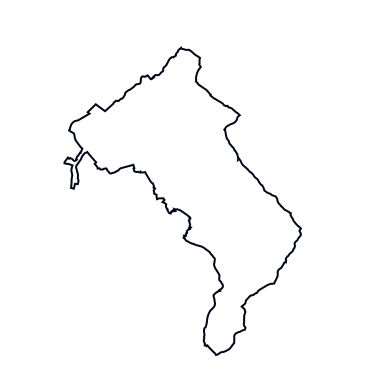 outline of Cozmeni, Harghita, Romania, rotated 313°
{"feature_id": "2599482B88715743642246", "entity_name": "Cozmeni", "entity_type": "district", "adm_level": 2, "iso_a3": "ROU", "parent_name": "Romania", "parent_adm1": "Harghita", "projection": "mercator", "projection_center": [25.941, 46.184], "detail": "fine", "context": "isolated", "style": "outline", "palette": "ink", "viewbox_px": 384, "rotation_deg": 313, "n_neighbors": 0, "source": "geoboundaries", "source_scale": "gbopen_adm2", "svg_char_len": 6024}
<svg xmlns="http://www.w3.org/2000/svg" viewBox="0 0 384 384"><g transform="rotate(313 192 192)"><path d="M239.6,296.5L239.5,291.0L240.1,286.1L241.2,283.7L241.6,281.8L242.4,279.7L243.9,278.7L243.5,278.0L243.4,276.1L242.2,271.5L242.5,268.7L242.4,266.7L242.6,266.4L242.8,262.9L243.8,260.6L245.0,259.2L245.8,256.5L245.4,255.1L244.2,252.7L244.1,250.4L243.1,248.5L242.4,244.1L243.9,241.4L244.7,238.9L244.4,237.1L244.9,234.6L246.0,231.3L245.7,228.6L245.9,226.5L246.4,225.0L246.6,222.4L246.4,221.8L246.2,219.6L246.6,217.1L246.4,210.9L246.5,210.0L247.1,208.2L247.8,206.6L248.4,203.9L246.9,203.8L247.7,203.2L248.7,202.1L249.2,201.1L250.5,199.5L251.6,195.4L251.4,194.6L251.9,194.1L252.4,192.7L252.7,189.2L252.9,188.0L252.9,186.6L254.4,183.9L254.9,180.9L256.7,178.2L259.8,174.1L259.9,173.9L259.5,173.5L259.6,173.1L263.3,172.6L266.7,173.6L270.9,175.5L272.2,175.8L273.9,175.8L275.4,175.5L278.1,174.2L280.7,174.6L280.8,172.8L280.7,171.0L280.4,169.8L280.2,163.6L278.8,161.0L279.1,160.2L279.2,159.2L277.9,158.2L277.9,157.7L277.5,156.9L277.3,156.3L277.6,153.7L277.5,153.0L276.1,146.9L276.0,145.5L275.5,144.7L275.1,139.6L276.0,139.3L275.9,138.6L276.1,136.3L276.4,135.3L276.3,134.0L276.5,133.3L275.0,123.5L275.3,122.7L275.6,119.4L276.2,119.1L278.7,116.7L282.6,114.5L285.8,113.5L289.4,113.2L290.3,110.1L291.3,109.8L293.6,107.5L295.5,106.4L295.0,102.8L294.5,101.0L294.4,95.1L294.1,94.4L294.0,92.9L292.0,90.9L289.6,86.4L290.0,85.7L286.4,85.3L284.9,86.0L283.7,85.9L281.9,86.1L281.2,86.9L280.5,87.2L279.5,86.8L277.9,86.6L276.9,85.3L274.3,84.9L271.8,85.4L267.7,86.6L264.6,86.7L263.7,86.4L261.9,87.2L261.6,87.7L260.7,88.4L257.9,87.9L256.4,88.1L254.7,87.9L252.6,85.5L248.9,85.1L248.1,85.2L248.1,85.5L248.3,85.7L246.8,85.4L246.4,84.7L246.4,83.4L246.7,82.4L247.1,80.1L246.3,79.6L244.7,79.4L243.2,77.8L243.1,77.2L242.3,76.7L240.5,77.0L240.0,77.6L238.7,78.3L238.1,79.1L236.0,80.1L234.3,79.1L232.6,77.7L229.2,77.7L225.0,77.0L223.2,76.2L219.9,75.6L218.5,75.8L217.4,76.6L214.5,77.3L212.0,77.0L211.6,76.5L210.5,76.3L209.0,76.4L207.9,75.6L208.0,75.4L206.8,74.1L205.6,74.2L204.8,73.8L203.7,73.9L203.0,74.3L191.8,73.3L190.5,61.8L179.2,61.3L179.4,63.6L166.9,59.9L163.6,57.8L161.3,57.5L159.2,57.6L155.9,59.0L154.5,60.0L153.4,59.9L153.1,60.5L154.3,65.5L154.0,66.4L151.2,70.1L150.5,71.7L149.1,78.6L148.9,80.8L149.0,82.2L144.8,83.8L144.7,83.3L140.5,84.0L139.7,83.8L137.3,84.7L137.3,85.6L136.7,85.7L135.3,85.4L134.5,84.9L134.3,84.5L134.4,81.8L133.7,79.7L132.5,79.5L132.6,77.8L129.3,78.1L126.7,78.5L126.0,79.3L128.6,83.2L130.0,86.5L128.3,87.2L125.5,89.0L122.7,92.9L118.8,95.6L115.8,98.3L112.5,100.7L113.8,103.3L118.3,100.9L119.8,103.1L122.4,101.7L123.4,100.6L124.1,99.2L126.9,96.8L130.9,90.5L132.0,89.6L140.4,88.4L142.3,87.6L144.1,87.2L147.6,87.1L148.6,87.8L149.8,88.1L149.1,93.2L148.3,101.7L146.2,101.7L145.7,105.4L145.2,106.6L144.8,107.0L146.2,108.1L146.0,109.3L147.0,111.0L147.9,111.5L149.2,111.8L150.3,113.0L150.8,113.3L150.8,113.7L149.9,115.7L150.0,117.0L149.6,118.3L149.7,119.4L150.2,120.0L153.6,122.1L154.5,122.3L155.0,122.7L156.1,122.7L157.2,123.4L159.1,123.3L160.6,123.6L171.9,130.6L170.0,133.6L169.3,133.3L167.9,135.5L168.0,135.7L168.0,136.4L168.9,137.9L169.9,138.7L170.4,140.0L170.8,140.3L171.8,140.4L171.7,140.7L171.1,140.9L171.1,141.2L171.9,141.6L172.3,142.3L174.1,143.9L174.6,144.1L173.8,146.3L171.2,155.6L171.6,157.7L169.5,161.5L169.1,161.3L169.2,162.7L168.1,162.6L167.0,162.9L165.8,164.9L165.1,165.2L165.1,166.2L165.7,167.3L165.8,167.9L164.2,169.5L162.9,171.3L164.8,172.2L167.9,175.4L167.4,176.7L167.4,177.3L164.5,177.4L165.3,179.5L165.4,181.6L164.0,182.5L163.2,183.5L162.9,184.3L162.8,185.8L162.3,185.8L162.0,186.4L161.0,189.4L161.7,191.1L162.5,190.8L163.7,190.8L163.5,190.3L163.9,190.2L164.5,190.3L164.5,190.6L166.3,190.8L165.7,192.0L166.8,192.9L167.5,190.8L167.9,191.7L169.3,193.0L170.5,195.7L171.1,199.1L171.7,203.2L172.0,206.6L172.0,208.2L171.5,208.8L171.0,208.2L168.8,210.0L168.7,209.8L166.8,213.0L164.4,214.1L165.0,214.5L165.3,215.4L163.8,215.4L163.5,215.8L161.7,214.9L160.9,214.8L159.4,215.3L158.9,216.2L159.1,217.0L158.6,216.2L158.1,216.2L157.9,215.9L156.4,216.5L156.3,217.3L156.0,217.4L155.1,217.1L154.5,216.0L154.4,216.1L154.4,217.3L152.8,217.1L152.8,219.0L152.4,221.0L153.1,223.1L153.6,225.5L154.4,227.6L155.0,228.3L155.9,231.0L158.5,235.9L159.3,238.6L160.0,245.0L160.0,246.7L159.5,247.9L159.5,250.2L159.0,251.8L159.0,253.5L158.5,254.5L158.1,254.9L156.2,256.1L155.9,256.5L154.1,257.3L152.3,260.3L150.2,268.1L149.2,269.5L147.3,270.8L146.3,271.9L146.1,272.5L146.1,274.6L145.4,276.1L145.2,277.6L144.7,278.3L143.4,279.4L142.6,279.5L141.5,279.6L138.7,278.9L138.7,279.9L137.3,279.0L135.5,278.4L132.9,278.1L131.1,278.2L130.8,278.4L128.6,281.9L127.8,282.7L126.2,284.8L124.6,286.0L122.3,286.5L117.7,286.3L114.3,287.2L110.4,289.1L106.6,291.9L104.4,293.2L102.7,294.1L100.7,294.0L99.1,295.0L96.8,297.5L95.9,298.8L94.6,299.3L93.3,300.8L92.2,301.3L91.1,302.3L90.8,302.6L90.0,304.7L88.5,306.0L89.2,306.6L89.2,307.8L90.3,307.9L90.0,309.9L89.6,317.3L89.7,318.9L89.5,319.7L89.1,320.6L90.3,321.5L94.6,322.5L95.8,323.6L98.0,324.9L102.6,326.5L107.0,326.2L107.9,325.9L110.2,325.9L113.7,322.9L115.2,321.3L116.5,320.6L118.3,320.5L120.2,321.1L122.7,322.5L125.4,323.4L127.2,324.6L129.1,323.8L129.4,323.4L129.5,322.1L129.7,321.3L130.9,319.8L133.1,318.4L133.8,317.3L135.4,316.2L136.2,315.2L139.5,313.3L140.7,312.9L141.0,311.9L141.7,311.3L142.1,310.2L142.2,309.2L142.1,308.1L142.3,307.6L142.1,306.5L143.3,306.5L146.0,307.0L147.2,306.8L149.4,305.5L150.2,305.4L155.5,305.4L156.6,305.7L156.9,306.1L158.9,307.2L161.0,307.5L162.0,308.1L163.1,308.3L164.4,307.9L165.3,307.9L167.6,308.4L175.8,310.8L178.6,312.3L181.2,314.6L183.1,313.7L184.4,313.5L188.3,312.2L189.5,311.5L192.5,308.8L193.5,308.5L194.6,308.4L197.3,309.0L201.6,308.2L202.6,307.7L203.8,307.8L204.5,308.7L206.3,307.4L206.7,306.4L207.7,306.0L209.9,305.7L210.8,306.0L213.8,305.6L216.8,306.0L218.2,305.7L219.2,305.2L220.1,305.3L222.4,304.4L224.2,302.2L226.2,301.6L227.9,302.0L231.8,301.2L234.0,301.2L235.0,300.8L236.1,299.3L236.6,297.6L236.9,297.1L239.6,296.5Z" fill="none" stroke="#020617" stroke-width="2"/></g></svg>